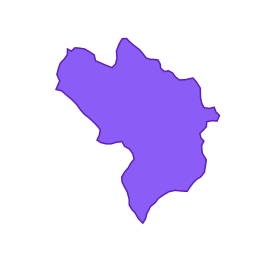 the district of São José do Alegre, Minas Gerais, Brazil, rotated 203°
{"feature_id": "56859067B14852467328130", "entity_name": "São José do Alegre", "entity_type": "district", "adm_level": 2, "iso_a3": "BRA", "parent_name": "Brazil", "parent_adm1": "Minas Gerais", "projection": "albers", "projection_center": [-45.516, -22.321], "detail": "fine", "context": "isolated", "style": "filled", "palette": "violet", "viewbox_px": 256, "rotation_deg": 203, "n_neighbors": 0, "source": "geoboundaries", "source_scale": "gbopen_adm2", "svg_char_len": 1469}
<svg xmlns="http://www.w3.org/2000/svg" viewBox="0 0 256 256"><g transform="rotate(203 128 128)"><path d="M214.6,177.1L212.5,171.9L213.6,166.5L215.6,161.4L215.4,156.5L214.4,149.5L209.3,144.8L209.3,135.3L203.5,136.3L198.9,134.7L194.3,133.3L189.6,131.8L183.8,129.3L178.6,126.0L173.2,123.5L168.2,122.2L162.0,120.0L156.2,117.5L152.8,115.4L151.6,110.3L151.8,104.7L147.3,104.0L141.7,104.9L137.1,107.0L133.2,110.3L128.2,113.2L124.1,109.8L118.4,109.2L113.3,106.0L110.2,101.5L111.7,96.8L112.1,91.7L113.9,86.1L114.6,80.5L112.5,76.2L108.7,72.8L103.7,68.8L99.2,63.1L96.7,57.5L92.5,54.5L88.4,52.7L83.1,48.7L77.2,46.2L76.4,50.7L77.2,56.9L76.6,64.5L73.7,70.2L72.7,74.7L69.7,79.6L65.6,85.2L60.3,89.0L54.5,90.8L48.8,92.8L48.0,97.5L46.7,102.7L44.7,107.7L42.0,111.3L40.4,117.0L41.8,123.1L43.5,129.3L49.9,133.9L53.4,140.5L53.0,145.6L56.9,147.3L59.7,150.9L57.7,156.0L56.4,160.0L58.0,164.5L53.5,167.6L48.7,169.2L48.7,175.3L53.5,177.3L56.8,180.8L60.7,177.8L66.0,176.4L70.2,180.0L73.2,184.5L74.9,188.2L77.0,192.9L82.8,197.0L87.8,199.4L94.2,194.8L99.5,192.3L104.4,193.6L108.5,196.1L113.3,196.5L116.4,194.2L121.3,195.8L123.3,199.4L127.0,202.4L131.0,201.2L134.8,199.7L139.0,199.7L143.0,202.1L148.1,204.6L155.2,206.4L160.2,208.0L164.2,209.8L168.2,208.0L169.0,201.8L168.7,194.3L165.3,187.8L164.5,181.9L166.3,177.3L173.4,177.1L178.6,177.2L184.2,177.2L187.6,182.0L192.9,183.1L198.8,183.8L203.9,182.5L208.2,181.1L210.2,176.6L214.6,177.1Z" fill="#8b5cf6" stroke="#5b21b6" stroke-width="1.5"/></g></svg>